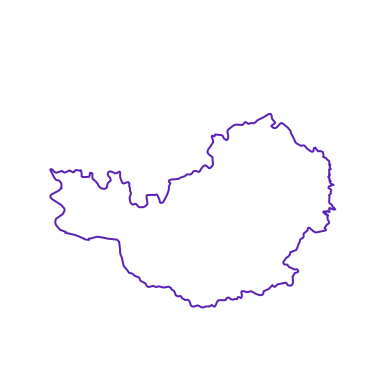 the district of Palestina, Caldas, Colombia, rotated 296°
{"feature_id": "7082276B25073710076057", "entity_name": "Palestina", "entity_type": "district", "adm_level": 2, "iso_a3": "COL", "parent_name": "Colombia", "parent_adm1": "Caldas", "projection": "orthographic", "projection_center": [-75.648, 5.066], "detail": "fine", "context": "isolated", "style": "outline", "palette": "violet", "viewbox_px": 384, "rotation_deg": 296, "n_neighbors": 0, "source": "geoboundaries", "source_scale": "gbopen_adm2", "svg_char_len": 6042}
<svg xmlns="http://www.w3.org/2000/svg" viewBox="0 0 384 384"><g transform="rotate(296 192 192)"><path d="M150.8,55.2L149.7,55.0L144.6,61.8L143.4,64.2L143.4,65.6L143.9,66.7L143.7,68.7L142.3,70.7L141.6,71.3L139.9,72.2L138.5,72.4L138.2,73.0L134.6,71.5L128.4,66.9L127.1,66.4L126.2,66.5L125.2,67.2L124.6,68.3L124.2,69.7L123.0,80.4L121.5,83.7L120.6,85.1L118.7,85.7L115.5,85.5L108.4,81.6L106.7,81.7L104.6,82.5L103.6,83.3L102.4,84.8L100.2,90.0L100.8,95.9L99.9,96.1L101.8,104.4L102.3,107.4L102.7,114.5L102.5,116.2L102.9,118.1L103.7,120.2L104.9,119.9L105.6,121.0L110.1,126.2L111.8,131.2L113.1,136.6L116.3,145.5L115.4,148.1L113.2,149.7L108.6,152.7L107.3,153.2L104.4,155.2L102.6,157.4L95.6,163.0L93.2,168.4L91.7,170.9L92.1,172.0L92.5,174.3L91.6,177.5L91.9,181.9L89.6,184.7L89.5,190.0L87.7,192.6L87.5,193.7L87.6,194.5L88.0,195.2L90.3,198.0L90.7,199.0L90.7,200.8L91.0,201.5L92.8,203.9L93.6,208.3L96.6,212.4L96.6,214.9L95.4,216.6L95.3,218.9L94.5,220.2L92.0,222.8L92.1,225.3L93.1,226.6L93.5,227.8L93.0,228.6L92.1,229.5L92.2,231.1L91.9,232.7L92.0,233.3L93.2,235.3L93.3,236.2L92.4,237.9L89.8,240.5L89.4,241.4L89.3,242.3L89.7,243.8L92.1,246.2L92.7,247.4L92.6,251.4L92.9,252.3L93.8,253.4L94.9,254.2L96.9,258.0L98.8,259.1L99.1,259.4L98.7,261.8L99.0,262.6L100.2,262.9L104.3,262.7L106.2,263.2L107.5,265.4L109.2,269.2L109.6,269.5L112.1,269.9L112.9,270.6L113.3,272.0L112.6,273.6L113.1,275.8L114.4,277.2L115.6,279.5L117.0,279.2L117.6,279.4L118.1,280.2L118.2,282.5L119.2,282.7L120.3,282.4L121.4,281.9L123.5,280.3L124.0,280.2L125.0,280.7L125.6,282.4L126.1,285.3L127.5,287.3L128.7,288.3L128.7,291.9L128.4,294.0L129.0,298.3L130.6,300.4L131.6,300.6L134.3,300.0L138.5,303.5L143.4,305.1L142.9,306.7L143.0,307.8L143.5,308.3L146.4,309.3L151.5,315.8L151.5,316.9L150.7,318.0L150.2,319.2L150.6,320.7L151.7,322.5L153.9,322.7L155.2,322.4L159.9,319.6L164.2,319.9L166.0,321.9L167.0,322.3L167.6,322.0L168.5,320.8L168.5,320.0L167.3,318.2L167.2,311.8L168.3,309.9L168.4,309.2L167.5,307.2L167.5,306.4L168.0,305.5L168.8,304.9L169.6,304.9L174.2,305.5L175.4,306.5L178.2,307.4L180.9,306.8L185.3,310.8L186.6,311.2L192.8,310.6L194.9,310.6L196.7,310.0L199.9,311.9L200.8,312.0L202.6,310.9L203.7,310.6L207.8,312.6L210.7,312.2L211.2,312.8L211.2,313.7L209.9,318.4L209.8,320.3L210.2,321.5L216.1,329.0L216.8,329.0L217.6,327.2L218.3,327.0L220.9,327.3L222.0,327.7L223.8,328.7L225.2,328.4L226.8,326.0L229.7,324.2L230.3,324.7L230.8,324.2L231.0,323.8L230.6,322.5L231.2,322.2L231.3,321.9L230.7,321.1L231.0,320.8L232.0,320.6L232.1,320.1L231.2,319.3L231.3,318.9L231.8,318.8L232.4,319.1L232.9,319.9L232.7,320.9L233.0,321.2L234.2,321.9L233.9,323.2L234.5,324.3L235.7,323.7L236.6,322.8L237.6,322.5L237.9,322.7L238.4,327.3L238.7,327.9L239.2,328.2L240.1,326.6L240.5,324.6L241.8,323.2L242.1,321.1L242.6,320.0L243.4,319.5L247.5,317.8L248.1,317.7L249.2,316.6L251.4,317.5L252.9,316.6L254.4,316.5L254.8,316.1L255.4,314.8L255.3,313.2L256.1,312.6L257.1,312.7L260.4,315.8L260.6,315.1L260.0,314.2L260.7,312.6L261.8,311.2L262.3,311.1L262.6,311.5L262.9,310.8L262.9,310.3L263.7,309.8L263.5,310.3L263.9,310.2L264.1,309.5L265.4,308.8L265.4,307.9L266.0,308.0L266.7,307.9L267.1,308.4L267.8,308.4L268.0,308.2L267.5,307.7L270.4,306.5L271.9,305.5L272.5,306.0L273.2,305.6L273.6,306.3L274.1,305.5L275.4,304.5L276.6,304.4L276.4,303.7L276.6,303.4L277.6,303.5L277.9,302.9L279.3,302.1L280.1,301.4L280.3,299.4L281.1,297.8L281.1,294.6L281.9,294.5L284.0,293.1L285.0,292.3L285.3,291.6L285.0,289.0L284.0,287.9L283.9,287.5L284.7,286.0L285.1,284.5L285.9,283.6L285.1,282.5L284.1,282.5L282.4,283.1L281.3,282.9L280.7,282.1L280.7,280.9L281.3,276.9L282.9,273.0L282.8,271.8L281.3,269.8L281.5,265.1L282.0,263.2L285.6,259.0L288.0,255.4L290.1,253.8L291.0,251.8L291.2,250.9L291.8,250.2L293.3,243.8L293.2,242.1L291.9,241.3L287.2,239.8L286.4,239.3L285.5,237.9L285.3,237.1L285.6,235.9L285.9,234.6L286.8,234.5L289.8,236.3L290.6,236.4L291.0,236.0L292.6,232.4L293.7,231.2L295.3,230.3L296.2,229.3L296.5,228.8L296.4,227.7L295.5,226.7L290.6,223.6L285.1,219.3L282.6,218.5L281.4,217.8L280.7,217.2L280.0,215.1L278.0,212.8L278.3,210.0L278.0,209.0L274.7,208.2L274.3,207.8L271.8,201.9L270.0,200.1L264.0,197.2L262.6,197.1L261.7,197.3L258.6,199.8L256.8,200.7L255.1,200.9L254.3,200.7L253.8,200.1L254.1,197.4L254.6,196.6L255.5,195.7L256.0,194.7L256.1,193.9L254.0,187.9L253.7,187.6L252.1,187.8L251.7,187.3L251.4,185.5L250.9,185.3L250.1,185.7L247.0,188.8L246.1,189.2L242.3,188.8L237.4,187.9L234.8,188.3L234.2,188.8L233.3,190.2L232.9,191.8L232.5,194.7L232.2,195.2L229.5,196.6L227.3,198.2L225.4,198.8L223.8,198.7L221.5,197.8L221.0,197.3L220.9,196.9L221.9,193.2L221.8,192.3L221.2,191.6L219.8,190.7L217.3,190.1L213.6,189.8L213.0,189.2L212.5,185.8L211.9,184.9L211.2,184.2L209.0,183.9L207.5,183.2L206.6,182.1L205.8,179.9L203.0,178.6L199.6,175.1L197.9,174.2L194.4,168.4L193.7,167.4L192.3,166.4L191.7,166.4L191.1,166.8L190.4,168.7L186.6,168.9L184.9,169.8L182.5,170.4L178.8,170.8L172.8,170.7L170.1,170.5L169.1,169.7L168.5,168.7L168.6,167.9L171.2,165.7L174.1,162.1L174.2,161.4L173.8,160.6L172.8,159.8L172.6,158.9L169.9,153.5L169.6,153.1L168.9,152.9L167.5,153.3L163.5,156.2L161.7,157.1L160.8,157.1L158.0,155.8L157.0,154.9L155.2,151.2L155.4,150.1L156.5,147.8L156.7,146.6L156.4,146.0L154.8,144.6L154.8,143.5L155.0,142.4L155.5,141.4L158.2,139.2L160.0,138.3L163.7,137.8L164.8,137.2L165.8,135.8L168.2,134.6L169.9,132.9L171.7,132.3L172.2,131.8L172.9,130.5L172.7,129.9L169.6,126.7L169.8,125.1L173.7,121.0L178.2,118.7L178.5,117.9L177.9,117.2L176.4,116.6L175.2,115.1L174.9,113.7L175.1,112.6L174.9,109.8L174.1,108.7L173.0,108.2L172.2,108.1L170.8,108.6L169.7,110.0L168.7,112.4L166.9,113.8L166.3,113.8L163.4,112.6L162.8,112.5L161.3,112.7L159.2,113.4L158.1,113.3L156.4,112.0L155.6,109.4L155.9,106.9L156.5,105.4L157.9,103.8L159.1,101.4L160.3,97.2L161.1,96.2L164.8,94.5L165.1,93.8L164.6,92.1L164.1,92.0L162.2,92.8L160.5,92.8L157.8,87.9L157.5,86.8L157.7,85.9L159.9,84.9L162.5,83.0L162.7,82.4L161.8,81.1L161.0,78.4L160.6,77.9L159.6,77.4L158.4,77.3L157.5,76.5L157.7,72.6L153.7,69.1L153.5,68.2L153.9,65.9L149.8,61.5L149.6,59.9L150.9,56.7L150.8,55.2Z" fill="none" stroke="#5b21b6" stroke-width="2"/></g></svg>